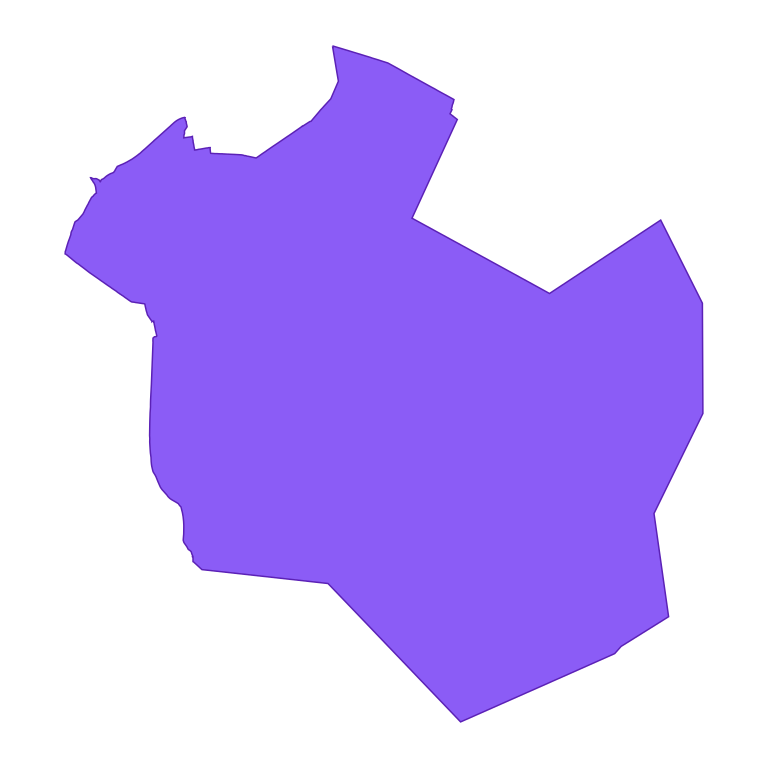 Hollands Kroon, Noord-Holland, Netherlands, rotated 90°
{"feature_id": "6326949B67120856251926", "entity_name": "Hollands Kroon", "entity_type": "district", "adm_level": 2, "iso_a3": "NLD", "parent_name": "Netherlands", "parent_adm1": "Noord-Holland", "projection": "robinson", "projection_center": [4.878, 52.876], "detail": "fine", "context": "isolated", "style": "filled", "palette": "violet", "viewbox_px": 768, "rotation_deg": 90, "n_neighbors": 0, "source": "geoboundaries", "source_scale": "gbopen_adm2", "svg_char_len": 5934}
<svg xmlns="http://www.w3.org/2000/svg" viewBox="0 0 768 768"><g transform="rotate(90 384 384)"><path d="M616.7,99.4L513.5,114.0L413.5,65.1L303.2,65.6L220.1,107.3L256.2,162.0L293.5,218.5L288.8,227.0L265.6,269.3L218.2,356.0L119.5,310.7L113.8,318.0L109.7,316.0L109.3,316.5L109.1,316.6L108.8,316.6L107.7,316.2L105.8,315.8L105.2,315.7L104.8,315.6L104.1,315.3L103.1,314.9L102.4,314.7L101.6,314.5L101.2,314.4L100.9,314.4L99.6,314.0L99.1,314.8L96.4,319.7L92.6,326.7L90.5,330.5L88.8,333.4L87.1,336.6L85.4,339.7L83.4,343.3L74.6,359.3L69.5,368.3L63.0,380.1L61.0,386.4L59.9,389.7L58.1,395.7L57.3,397.9L55.8,402.9L55.1,405.1L52.1,415.0L50.6,419.8L49.7,422.9L49.1,424.8L46.1,434.8L47.4,434.9L47.3,435.3L71.9,431.2L81.2,429.6L98.8,437.2L106.3,444.1L107.7,445.3L109.9,447.4L112.2,449.3L121.3,457.0L121.4,457.6L121.5,458.0L121.9,458.7L122.0,458.8L122.5,459.7L123.1,460.5L123.3,460.9L126.2,465.4L126.0,465.5L126.4,466.1L127.3,467.2L136.1,479.9L136.1,480.0L136.3,480.3L142.4,489.2L146.5,495.3L150.5,501.1L151.6,502.6L153.8,505.9L156.3,509.4L158.1,512.0L158.3,512.1L157.9,512.1L157.9,512.6L157.7,513.0L157.7,513.3L157.6,513.7L156.9,516.9L156.3,519.7L156.1,521.1L155.8,521.9L155.6,522.8L155.7,523.1L155.5,523.9L155.4,524.0L155.3,524.4L155.3,524.7L155.1,525.0L154.9,526.1L154.8,527.2L154.7,528.6L154.4,534.2L154.3,536.8L154.2,538.7L154.1,541.3L154.0,543.0L153.9,545.1L153.8,545.7L153.8,548.0L153.7,549.9L153.6,551.1L153.6,551.7L153.6,553.3L153.5,554.1L153.4,556.0L153.4,556.6L153.4,556.9L153.3,557.3L152.5,557.5L150.8,557.7L148.6,557.9L148.4,557.9L147.6,557.8L147.6,558.5L147.7,559.6L147.8,560.0L148.0,560.5L148.0,561.1L148.0,561.4L148.2,562.6L148.3,563.1L148.5,564.2L148.6,565.0L148.9,566.0L148.9,566.5L149.0,567.1L149.1,567.6L149.2,567.8L149.2,568.5L149.4,569.7L149.8,571.3L149.9,572.2L150.0,572.8L150.0,573.2L150.0,573.4L149.4,573.4L147.3,573.9L144.7,574.3L142.3,574.8L141.8,574.9L141.0,574.9L140.3,575.0L139.5,575.2L138.9,575.3L137.9,575.5L136.4,575.6L136.8,576.9L137.0,577.8L137.0,578.4L137.1,579.1L137.8,584.2L134.9,584.0L134.0,583.6L133.8,583.5L133.4,583.5L130.7,583.5L130.6,583.4L129.4,582.6L127.2,581.2L126.8,580.9L126.6,581.0L125.9,581.0L124.7,581.3L123.8,581.5L123.2,581.7L122.2,581.7L121.9,581.7L121.6,581.8L121.3,582.0L120.8,582.3L119.9,582.5L119.0,582.9L118.7,583.0L118.3,583.0L117.6,582.9L117.4,582.8L117.2,582.9L117.3,582.9L117.6,584.3L118.0,585.9L118.6,587.5L119.4,589.2L119.6,589.6L120.3,590.8L121.3,592.3L122.5,593.8L123.6,595.0L125.2,596.8L126.3,597.9L127.5,599.3L129.3,601.3L138.0,611.0L140.7,614.1L140.8,614.1L148.4,622.5L149.3,623.5L149.5,623.7L149.5,623.8L151.9,626.5L152.0,626.5L153.5,628.2L153.9,628.8L154.4,629.5L154.7,629.8L156.0,631.5L158.6,635.2L158.9,635.6L159.4,636.4L159.5,636.7L159.6,636.8L159.9,637.3L161.7,640.5L162.1,641.1L162.4,641.9L162.8,642.5L163.7,644.4L164.4,645.9L164.6,646.6L165.4,648.3L166.3,650.4L166.4,650.7L169.7,652.7L170.0,652.8L170.8,653.2L171.8,654.0L172.1,654.2L172.3,654.3L172.5,654.6L172.7,655.0L173.3,656.5L173.6,657.4L174.3,658.7L175.2,660.2L176.0,661.4L176.9,662.5L177.9,663.6L178.6,664.5L179.1,665.4L179.5,666.4L179.6,666.5L180.1,666.9L180.4,667.1L181.1,667.3L181.4,667.5L181.7,667.8L180.8,668.4L180.0,668.9L179.8,669.3L179.7,669.6L179.1,670.7L178.7,671.5L178.6,672.4L178.6,672.6L178.7,673.4L178.7,673.7L178.7,674.0L178.7,674.4L178.4,675.5L177.8,676.6L177.7,676.9L177.7,677.4L178.8,676.9L181.2,675.2L181.7,675.0L183.2,673.9L183.7,673.6L184.8,673.1L186.0,672.7L187.1,672.4L193.1,671.6L193.4,672.3L193.9,672.9L195.3,674.3L195.9,674.7L196.1,674.8L196.6,675.5L197.0,676.0L197.7,676.6L202.5,679.2L204.1,679.9L205.4,680.7L210.0,683.1L211.7,683.8L213.5,684.8L213.8,684.9L216.2,686.9L218.8,689.1L220.1,690.3L220.3,690.6L220.4,690.8L221.6,692.7L221.8,692.9L222.2,693.1L222.5,693.2L223.0,693.4L225.1,694.1L229.6,695.5L230.8,696.2L231.6,696.6L232.3,696.8L233.1,697.0L234.2,697.1L234.6,697.2L234.8,697.2L238.8,698.6L240.6,699.3L241.7,699.7L245.5,700.9L249.7,702.1L250.5,702.3L250.9,702.5L251.3,702.7L253.9,702.9L254.0,702.6L254.2,702.2L255.3,700.7L259.7,695.4L262.5,692.0L263.1,691.2L263.3,690.9L263.4,690.7L263.6,690.3L264.7,688.8L266.2,686.9L267.2,685.5L268.9,683.3L270.6,681.1L272.7,678.4L273.4,677.4L277.2,671.9L277.6,671.3L281.1,666.4L285.3,660.4L287.3,657.4L288.3,656.1L291.1,651.9L292.4,650.3L292.8,649.7L293.1,649.3L293.6,648.4L294.0,648.1L294.7,646.8L295.0,646.5L295.7,645.4L295.8,645.2L296.6,644.1L297.0,643.6L297.3,643.2L297.8,642.5L298.0,642.2L299.1,640.6L300.2,639.1L301.6,637.0L301.7,636.8L302.0,636.1L302.2,633.9L302.5,632.6L302.8,630.3L303.0,629.0L303.5,625.9L303.6,624.9L303.7,624.2L303.9,623.3L304.1,623.2L304.3,623.1L305.4,622.9L306.0,622.8L310.9,621.7L312.7,621.1L314.0,620.8L315.1,620.4L319.6,617.3L321.0,616.3L321.4,616.0L321.5,616.0L321.3,615.8L321.1,614.3L321.8,614.2L322.2,614.4L322.4,614.3L322.4,614.2L322.7,614.0L322.8,613.9L323.1,613.9L323.5,613.9L324.1,613.8L326.8,613.2L329.4,612.7L330.7,612.5L331.6,612.2L335.9,611.2L336.5,611.6L336.8,613.6L338.1,615.0L341.1,615.1L341.9,615.0L342.4,615.0L384.2,616.6L399.8,617.4L404.2,617.5L407.0,617.5L413.0,617.9L422.9,618.2L435.7,618.4L438.5,618.2L442.0,618.3L448.7,617.9L453.0,617.6L455.2,617.3L457.3,617.0L459.7,616.9L461.8,616.8L462.8,616.7L463.9,616.6L466.0,616.3L470.4,615.3L471.1,615.1L471.7,614.9L472.3,614.6L475.4,612.7L476.2,612.3L477.0,611.9L477.8,611.6L481.8,610.0L485.9,608.2L487.0,607.7L488.0,607.1L489.0,606.4L489.9,605.7L495.0,601.1L496.6,600.0L497.4,599.2L498.3,598.3L498.9,597.5L499.6,596.5L501.9,592.5L503.6,589.7L505.5,588.4L507.0,587.0L510.3,586.2L512.6,585.6L516.6,584.9L521.3,584.4L525.2,584.2L527.5,584.2L534.1,584.3L536.3,584.5L540.2,584.8L541.9,584.3L542.2,584.2L543.1,583.7L546.5,581.3L547.7,580.6L549.0,580.0L549.6,579.5L550.2,578.5L550.9,577.6L551.6,576.9L552.1,576.7L554.1,576.1L556.4,575.1L556.8,575.6L557.6,575.0L560.6,575.0L561.5,575.0L561.5,574.9L569.6,566.1L583.5,440.0L618.8,406.1L721.9,307.4L680.6,214.1L653.6,153.3L646.4,146.9L616.7,99.4Z" fill="#8b5cf6" stroke="#5b21b6" stroke-width="1.5"/></g></svg>